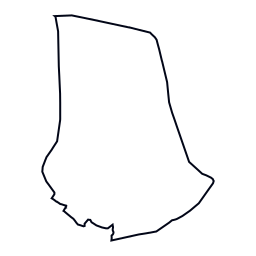 the district of Nihm, Sana'a, Yemen
{"feature_id": "15242507B22089768415727", "entity_name": "Nihm", "entity_type": "district", "adm_level": 2, "iso_a3": "YEM", "parent_name": "Yemen", "parent_adm1": "Sana'a", "projection": "mercator", "projection_center": [44.482, 15.752], "detail": "fine", "context": "isolated", "style": "outline", "palette": "ink", "viewbox_px": 256, "rotation_deg": 0, "n_neighbors": 0, "source": "geoboundaries", "source_scale": "gbopen_adm2", "svg_char_len": 2338}
<svg xmlns="http://www.w3.org/2000/svg" viewBox="0 0 256 256"><path d="M63.5,210.9L64.2,211.3L65.8,212.7L68.2,214.7L69.7,215.9L70.0,216.2L71.1,217.1L73.0,218.5L73.4,218.8L74.5,220.2L74.7,220.4L75.4,221.4L76.4,222.8L76.9,223.4L78.0,224.6L78.5,224.7L79.2,224.9L80.2,225.2L80.9,225.4L81.1,225.5L83.5,226.3L84.6,226.0L84.6,224.9L84.6,223.7L88.1,219.6L89.0,219.8L90.3,219.9L91.5,222.2L91.6,222.3L93.7,223.6L96.4,225.4L100.8,227.0L101.8,227.4L105.9,228.3L107.9,228.3L112.6,224.7L112.7,225.4L113.0,226.9L113.0,227.8L112.8,228.6L112.7,229.5L112.7,230.0L112.9,230.9L113.3,231.5L113.4,232.1L113.5,232.5L113.3,233.5L112.8,234.5L112.2,235.0L111.6,235.5L111.6,236.6L111.7,238.1L111.4,240.5L138.6,234.5L141.0,234.1L141.8,234.0L146.3,233.3L149.0,232.8L149.9,232.7L154.5,231.8L156.3,231.5L169.2,222.6L172.0,220.3L172.3,220.2L173.5,220.0L175.7,219.4L177.0,218.9L182.4,216.0L190.0,210.7L194.5,206.9L198.8,203.3L208.7,189.3L213.0,183.3L213.7,181.0L213.3,180.3L212.9,179.2L211.1,177.7L206.2,175.3L202.2,173.8L196.3,168.4L189.1,161.9L176.8,126.3L174.7,120.1L172.1,112.7L169.1,102.3L168.3,94.5L167.1,82.1L162.1,61.3L161.9,60.8L159.1,49.1L157.8,44.4L156.6,39.8L154.9,37.3L151.4,34.0L150.1,32.6L135.6,29.0L129.4,27.4L129.3,27.5L111.0,23.6L94.2,20.0L71.8,15.4L54.8,16.1L55.5,16.7L56.4,21.9L58.1,31.3L58.8,66.3L59.3,76.1L59.4,78.4L60.1,93.7L60.2,102.9L60.2,115.9L60.2,119.1L60.1,120.4L57.2,140.6L57.1,141.3L53.4,147.0L51.2,150.5L50.8,151.0L46.4,157.3L46.0,158.5L45.5,159.6L43.9,163.8L43.7,164.3L42.7,166.9L42.5,169.4L42.5,169.5L42.3,171.7L46.2,181.2L46.3,181.4L47.3,182.8L48.3,184.1L54.4,192.5L54.4,194.2L52.5,197.1L51.7,198.3L51.9,198.4L52.3,198.7L52.7,198.9L53.0,199.1L53.3,199.3L53.6,199.5L54.0,199.8L54.3,200.0L54.5,200.1L54.7,200.3L55.1,200.6L55.4,200.9L55.7,201.1L56.0,201.3L56.2,201.5L56.4,201.6L56.8,201.7L56.8,201.8L57.2,202.0L57.4,202.1L57.8,202.3L58.1,202.5L58.5,202.7L58.8,203.0L59.3,203.3L59.5,203.5L59.9,203.7L60.2,204.0L60.6,204.1L60.9,204.1L61.3,204.2L61.6,204.3L61.9,204.4L62.3,204.5L62.6,204.6L62.9,204.7L63.3,204.9L63.7,205.0L64.1,205.1L64.4,205.2L64.8,205.3L65.2,205.4L65.5,205.5L65.8,205.5L66.2,205.6L66.3,205.7L66.3,205.9L66.2,206.2L66.0,206.5L65.8,206.8L65.6,207.2L65.5,207.6L65.7,207.8L65.3,208.0L65.1,208.3L64.9,208.6L64.7,208.9L64.4,209.3L64.2,209.7L64.0,210.1L63.6,210.7L63.5,210.9Z" fill="none" stroke="#020617" stroke-width="2"/></svg>